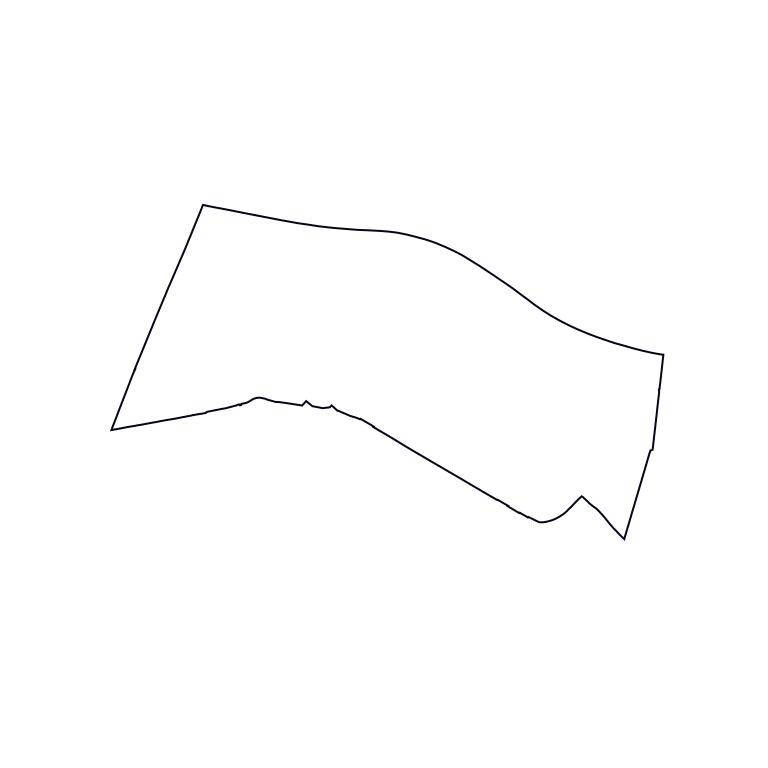 Maassluis, Zuid-Holland, Netherlands, rotated 158°
{"feature_id": "6326949B57125519324160", "entity_name": "Maassluis", "entity_type": "district", "adm_level": 2, "iso_a3": "NLD", "parent_name": "Netherlands", "parent_adm1": "Zuid-Holland", "projection": "albers", "projection_center": [4.256, 51.927], "detail": "fine", "context": "isolated", "style": "outline", "palette": "ink", "viewbox_px": 768, "rotation_deg": 158, "n_neighbors": 0, "source": "geoboundaries", "source_scale": "gbopen_adm2", "svg_char_len": 5230}
<svg xmlns="http://www.w3.org/2000/svg" viewBox="0 0 768 768"><g transform="rotate(158 384 384)"><path d="M484.8,617.8L490.3,612.0L498.9,603.2L502.9,599.1L503.5,598.5L503.7,598.2L503.9,598.0L504.0,598.0L504.3,597.6L504.5,597.4L508.8,593.0L509.6,592.2L510.0,591.8L510.5,591.3L510.6,591.2L510.8,591.0L512.6,589.2L513.8,587.8L514.9,586.7L515.1,586.6L518.0,583.6L523.7,577.9L530.1,571.6L533.5,568.2L535.2,566.6L535.6,566.1L541.5,560.3L547.2,554.7L548.2,553.8L548.3,553.7L548.6,553.3L550.1,551.8L550.4,551.5L553.1,548.7L555.2,546.6L555.7,546.2L556.3,545.5L556.7,545.1L566.1,535.6L568.3,533.4L603.5,497.3L604.5,496.3L607.2,493.5L607.6,493.1L608.8,491.9L609.0,491.7L609.9,490.7L609.5,490.6L610.5,489.7L611.8,488.5L611.9,488.4L612.3,488.0L612.4,487.9L612.7,487.7L612.8,487.5L613.0,487.3L613.1,487.2L614.1,486.2L618.3,481.7L620.1,479.7L620.5,479.3L624.8,474.7L625.6,473.9L626.1,473.3L631.4,467.7L632.3,466.6L632.8,466.1L634.1,464.8L635.7,463.0L636.2,462.5L639.7,458.8L643.2,455.0L645.8,452.2L650.2,447.5L650.8,446.9L653.2,444.3L654.0,443.4L648.7,442.3L646.9,441.9L638.8,440.3L637.6,440.1L636.5,439.8L636.3,439.8L632.8,439.0L631.5,438.7L630.1,438.4L628.3,438.1L625.9,437.5L624.9,437.3L618.1,435.9L614.7,435.2L614.1,435.1L609.9,434.2L609.0,434.0L604.7,433.2L604.2,433.1L597.6,431.7L597.0,431.5L591.4,430.3L590.0,430.0L582.2,428.5L581.9,428.4L578.7,427.8L574.3,426.9L573.7,426.9L572.3,426.6L569.1,425.9L568.5,425.8L568.1,425.7L563.0,424.5L560.2,423.9L560.1,424.0L559.3,424.4L558.8,424.4L558.3,424.4L557.2,424.2L554.9,423.8L544.4,421.8L539.8,420.8L534.8,420.2L531.8,419.8L528.5,419.4L528.3,419.4L528.2,419.5L527.9,419.5L527.2,419.5L526.8,419.4L526.4,419.3L526.0,419.3L525.6,419.1L525.5,418.9L525.5,418.6L525.5,418.4L525.5,418.2L524.4,418.0L524.1,418.7L524.0,418.8L523.8,418.9L523.7,419.0L523.6,418.9L523.0,418.8L522.3,418.7L521.7,418.6L520.7,418.4L520.0,418.3L519.9,418.3L519.4,418.2L519.2,418.2L517.9,418.1L517.3,418.1L516.3,418.2L513.0,418.7L511.3,419.1L507.6,418.9L504.6,418.0L504.3,417.9L503.9,417.6L502.9,417.0L501.9,416.3L500.1,415.2L499.8,414.9L499.2,414.3L498.9,414.0L498.0,413.2L496.5,412.0L494.3,410.4L492.6,409.0L491.4,408.1L490.2,407.5L488.1,406.6L485.7,405.2L481.7,402.9L476.8,400.0L476.1,399.6L475.0,398.9L470.2,396.1L469.9,395.8L469.0,395.3L468.8,395.2L468.0,394.7L462.5,397.3L462.4,397.1L461.7,395.6L458.7,390.3L458.0,389.8L453.3,386.8L450.0,384.6L445.2,383.3L443.1,382.7L440.6,383.8L438.1,378.7L437.8,377.9L437.3,376.9L437.1,377.0L432.2,372.0L430.6,370.5L429.5,369.3L428.3,368.1L427.9,367.6L425.0,365.2L423.0,363.7L422.4,363.1L419.4,360.3L418.8,360.5L414.2,354.6L409.5,348.4L410.1,348.2L406.7,343.7L399.4,334.3L388.6,319.8L386.9,317.5L386.2,316.6L377.8,305.6L376.4,303.9L375.0,302.0L371.3,297.2L371.2,297.0L370.3,295.9L368.1,293.0L366.7,291.2L366.0,290.3L363.7,287.4L361.1,284.1L357.3,279.1L356.3,277.8L355.3,276.5L350.7,270.6L350.4,270.1L350.0,269.7L344.8,262.9L339.3,255.7L335.0,250.2L333.9,248.8L333.5,248.1L332.7,247.2L331.1,245.1L329.6,243.1L322.4,233.9L321.9,234.0L314.5,224.5L315.1,224.3L312.3,220.7L307.0,213.7L306.4,213.9L305.7,213.0L305.2,212.3L304.0,210.8L301.7,207.9L300.9,206.8L300.5,206.3L299.9,206.6L296.2,202.5L295.6,201.8L292.2,198.0L290.2,196.9L288.1,196.2L287.7,196.0L285.9,195.6L284.2,195.3L282.0,195.0L279.8,194.8L277.7,194.7L276.5,194.8L273.7,194.9L271.7,195.2L270.8,195.3L269.5,195.6L268.6,195.8L266.4,196.2L264.0,196.9L261.7,197.8L259.9,198.6L258.2,199.3L256.5,200.0L254.9,200.7L253.2,201.5L251.6,202.2L249.8,203.0L247.6,204.0L245.4,204.9L244.9,205.1L243.8,205.4L242.8,205.8L242.6,205.5L242.3,205.0L242.1,204.8L241.9,204.5L241.7,204.1L241.6,203.8L241.2,202.9L240.9,202.4L239.7,199.8L239.4,199.2L239.0,198.4L238.6,197.2L238.0,195.9L237.5,195.0L236.5,193.2L236.2,192.7L235.6,191.7L234.4,189.9L233.9,188.9L233.3,188.0L233.1,187.5L232.7,186.4L232.1,185.0L231.7,183.8L231.6,183.4L231.0,182.0L230.3,180.0L229.3,177.1L228.8,175.4L227.4,170.7L227.0,169.5L225.8,166.0L225.8,165.8L224.4,162.3L223.2,159.4L222.9,158.4L221.4,154.8L221.1,154.1L221.0,153.8L219.3,150.2L219.1,150.5L218.2,151.7L215.7,154.8L199.4,175.4L199.0,175.8L196.8,178.6L191.2,185.7L188.4,189.2L170.8,211.4L164.5,219.4L162.3,222.1L161.9,222.6L160.1,222.4L159.6,222.4L158.6,224.2L146.1,247.2L135.7,266.5L134.0,269.6L133.9,269.8L133.5,270.5L132.6,272.1L132.4,272.6L132.3,272.8L131.8,273.7L131.5,275.1L130.7,276.3L130.4,276.2L128.1,280.5L127.0,282.4L114.0,306.5L116.5,307.9L123.4,312.2L131.4,317.7L135.9,321.0L139.3,323.5L142.0,325.6L146.7,329.3L154.8,335.5L162.3,341.9L169.6,348.3L176.4,354.6L183.8,361.9L188.2,366.6L190.5,369.1L194.1,373.2L197.0,376.5L203.1,384.1L208.9,392.2L214.3,400.4L219.3,408.8L224.4,417.1L229.4,425.4L235.0,433.8L245.4,449.3L245.9,450.0L251.5,458.1L257.3,466.0L263.1,473.9L269.5,481.4L270.7,482.6L273.4,485.5L275.9,488.2L276.4,488.7L277.7,489.9L282.0,494.2L283.6,495.7L287.1,498.8L290.7,501.9L293.8,504.3L297.3,506.9L298.7,508.0L305.9,513.3L314.6,519.1L323.0,523.8L325.7,525.1L326.9,525.7L329.0,526.8L332.2,528.3L341.0,532.4L350.1,536.5L358.8,540.8L367.7,545.3L371.7,547.3L376.6,549.9L385.2,554.6L390.5,557.7L392.8,559.1L399.5,563.0L401.8,564.3L404.8,566.1L411.9,570.6L418.8,574.9L426.9,580.2L435.6,585.8L453.3,597.3L458.9,601.0L468.6,607.3L475.4,611.6L484.8,617.8Z" fill="none" stroke="#020617" stroke-width="2"/></g></svg>